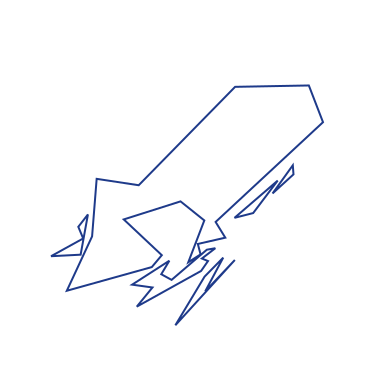 map outline of Canada (Equal Earth projection), rotated 133°
{"feature_id": "CAN", "entity_name": "Canada", "entity_type": "country or territory", "adm_level": 0, "iso_a3": "CAN", "parent_name": "North America", "parent_adm1": "", "projection": "equal_earth", "projection_center": [-89.555, 62.395], "detail": "coarse", "context": "isolated", "style": "outline", "palette": "blue", "viewbox_px": 384, "rotation_deg": 133, "n_neighbors": 0, "source": "natural_earth", "source_scale": "50m", "svg_char_len": 767}
<svg xmlns="http://www.w3.org/2000/svg" viewBox="0 0 384 384"><g transform="rotate(133 192 192)"><path d="M85.7,232.2L34.4,179.2L51.6,143.8L197.8,154.3L202.7,136.5L226.0,152.3L231.8,143.2L245.9,146.8L204.4,163.6L206.7,194.0L258.6,223.2L258.8,171.0L274.3,170.2L349.6,216.2L292.6,234.8L247.4,270.7L223.4,235.6L85.7,232.2ZM217.2,136.6L233.9,139.4L231.6,133.2L243.5,131.5L313.5,154.2L288.8,155.8L300.6,172.6L257.7,161.7L273.1,158.4L270.2,147.0L224.1,141.8L217.2,136.6ZM212.5,114.3L300.8,113.3L245.3,125.1L218.7,124.4L255.6,114.6L212.5,114.3ZM125.2,137.1L165.7,132.9L181.9,143.3L125.2,137.1ZM335.1,251.3L300.2,239.9L295.0,251.4L279.4,252.8L313.8,230.7L335.1,251.3ZM109.9,129.8L138.1,132.1L103.7,136.5L109.9,129.8Z" fill="none" stroke="#1e3a8a" stroke-width="2"/></g></svg>